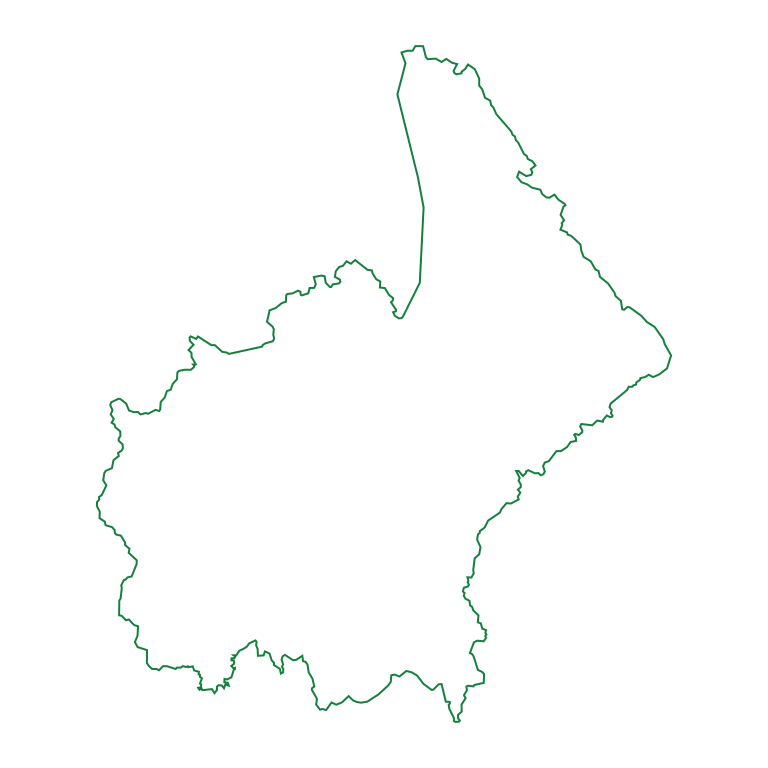 outline of Sangkhla Buri, Kanchanaburi, Thailand
{"feature_id": "78962969B87118801609333", "entity_name": "Sangkhla Buri", "entity_type": "district", "adm_level": 2, "iso_a3": "THA", "parent_name": "Thailand", "parent_adm1": "Kanchanaburi", "projection": "albers", "projection_center": [98.539, 15.257], "detail": "fine", "context": "isolated", "style": "outline", "palette": "green", "viewbox_px": 768, "rotation_deg": 0, "n_neighbors": 0, "source": "geoboundaries", "source_scale": "gbopen_adm2", "svg_char_len": 6083}
<svg xmlns="http://www.w3.org/2000/svg" viewBox="0 0 768 768"><path d="M667.0,368.4L671.1,355.5L664.7,344.1L663.3,339.3L654.6,326.9L647.1,322.2L641.3,315.8L629.6,307.3L627.2,307.1L624.0,309.8L622.2,309.3L620.9,300.8L615.6,296.2L614.5,292.7L608.1,283.5L600.0,276.9L598.5,270.9L595.4,269.5L590.9,261.5L583.6,256.8L581.2,250.3L580.5,244.5L571.2,235.9L567.7,234.6L567.0,232.4L560.4,229.7L562.3,224.9L561.7,223.1L564.1,220.3L560.6,214.9L563.5,206.6L565.4,205.2L564.9,204.1L558.2,199.5L554.5,194.6L549.4,197.7L546.4,197.4L542.2,194.1L540.3,189.7L532.0,187.7L527.3,184.4L521.5,182.2L517.1,177.0L519.1,171.7L526.2,176.1L531.4,174.8L532.3,172.1L530.8,169.2L535.5,165.5L532.2,161.1L527.8,159.0L526.8,156.0L523.9,153.9L518.4,142.9L515.9,140.0L514.8,136.3L512.6,134.9L511.3,131.5L496.3,114.1L493.2,107.2L491.1,105.1L490.2,100.6L485.0,97.8L482.3,89.5L479.2,85.6L479.2,78.5L474.8,69.2L468.0,64.5L465.1,69.1L461.7,71.6L461.6,73.3L456.4,74.3L454.3,72.9L453.6,70.8L457.1,64.1L452.1,62.8L446.3,58.9L441.6,62.0L435.7,58.6L427.7,59.2L425.9,57.1L423.1,46.2L415.3,46.1L412.7,50.7L407.1,50.8L401.5,52.5L405.5,63.3L397.4,94.4L417.9,177.2L423.6,207.4L419.8,282.8L402.9,316.7L401.6,318.1L399.0,318.4L394.8,315.8L393.1,312.2L395.9,311.3L396.1,309.8L391.0,302.2L392.7,300.7L393.2,298.2L389.0,294.9L384.9,288.1L379.9,287.5L380.3,281.5L376.3,279.3L372.5,273.2L371.9,270.4L367.6,269.9L355.2,260.1L350.9,263.7L346.5,261.3L343.0,265.8L339.2,267.0L335.8,271.2L334.9,276.9L339.9,279.6L340.4,281.7L339.0,283.4L332.9,284.3L331.2,287.0L329.9,287.1L325.8,282.8L324.6,276.2L321.1,275.6L313.8,277.1L315.8,284.2L314.2,287.9L309.6,288.0L308.3,293.3L301.8,295.4L300.8,294.9L300.3,291.6L297.8,290.7L292.9,293.3L287.3,294.0L286.2,295.3L285.9,301.7L281.8,303.1L275.6,308.1L269.6,310.3L267.0,321.8L272.7,326.8L273.8,329.3L273.3,334.8L274.2,338.7L272.7,341.3L265.4,343.3L262.6,345.1L262.2,346.6L229.0,353.9L226.7,352.5L222.3,351.9L214.8,345.1L211.3,345.1L198.0,336.5L196.2,338.9L190.6,336.4L189.6,337.5L189.8,340.7L193.5,344.8L188.5,350.0L191.5,352.9L191.6,357.0L195.8,364.3L193.1,364.5L194.3,365.8L193.8,367.3L190.8,369.8L184.9,369.7L179.0,370.9L177.4,372.4L177.0,379.2L172.7,384.0L170.7,389.7L166.9,391.1L164.7,397.5L160.7,402.1L160.2,409.5L159.2,411.0L155.5,409.9L148.0,413.8L145.9,413.0L140.5,414.4L138.0,412.0L134.0,412.2L129.0,410.5L126.2,403.6L120.1,398.9L118.4,398.8L111.3,402.2L110.2,404.9L112.5,410.3L110.7,414.3L113.8,419.0L111.6,422.7L114.5,424.5L115.4,427.3L120.2,431.3L120.4,436.0L118.7,438.5L118.7,440.7L122.6,444.4L122.9,448.4L121.5,450.7L118.0,453.0L118.8,456.0L113.5,460.2L111.9,468.2L105.8,470.8L104.3,473.1L103.2,480.3L106.4,485.3L101.8,495.0L98.9,497.1L99.3,499.5L97.0,502.1L96.9,506.2L99.8,511.7L99.5,518.1L104.8,521.6L105.6,525.2L112.0,527.1L114.5,529.8L115.0,533.4L116.4,534.6L120.9,535.7L125.1,542.6L125.0,544.9L129.5,548.8L128.7,552.9L136.8,560.3L136.6,564.1L131.7,576.4L127.3,577.5L125.8,579.5L123.9,580.0L121.2,585.5L121.8,588.1L120.6,598.5L119.3,600.6L119.1,615.3L121.7,615.8L125.8,620.2L128.9,619.5L134.2,625.1L138.1,626.3L137.5,635.8L134.9,642.1L137.6,647.1L147.0,650.1L146.9,663.1L149.1,666.2L152.2,669.0L156.6,669.0L159.0,670.3L163.0,666.2L166.9,666.2L175.7,669.0L176.9,667.6L180.8,667.6L182.9,666.1L186.0,667.0L187.9,666.3L188.3,667.2L192.8,666.4L194.1,670.4L198.9,671.8L198.6,674.3L199.9,674.7L200.0,676.9L202.0,678.3L199.9,683.6L201.2,684.4L201.0,687.3L198.2,687.8L199.5,689.8L201.6,688.5L202.3,690.2L211.9,689.1L214.5,693.2L217.0,689.9L216.9,686.7L218.5,685.2L221.9,685.5L224.0,688.3L225.4,684.4L228.8,685.7L227.8,682.8L224.3,682.2L224.5,678.9L227.0,679.5L231.4,677.3L233.8,669.6L235.0,669.0L235.0,667.9L233.6,668.5L231.3,665.9L233.7,664.2L234.2,662.0L233.8,660.5L231.4,660.3L231.5,658.3L234.4,658.2L235.3,656.5L233.6,655.3L236.4,655.2L239.3,650.7L243.6,648.8L246.9,646.6L249.2,643.4L255.4,640.4L256.5,641.7L256.2,645.6L257.6,648.7L257.9,655.8L263.6,655.4L265.0,651.4L269.5,653.5L271.7,660.4L274.0,662.7L273.9,665.0L279.8,668.8L280.9,673.6L283.1,672.3L283.3,669.1L281.9,666.7L283.1,664.6L281.6,659.5L282.6,656.3L285.0,654.9L293.0,660.2L296.3,659.8L302.3,655.8L303.1,661.2L305.5,661.8L307.5,664.6L308.7,672.4L312.5,678.8L314.3,686.5L312.0,688.2L311.8,689.7L316.9,698.7L316.2,704.7L320.1,709.7L322.2,709.0L326.2,710.0L331.5,702.5L336.3,704.7L342.1,702.3L348.6,696.1L353.0,700.4L357.0,702.0L361.1,702.7L367.4,701.6L378.5,694.4L388.2,685.5L390.8,681.8L391.3,675.3L394.6,674.6L399.5,676.5L406.3,671.0L411.7,672.3L417.1,675.5L423.4,683.8L431.6,689.9L433.4,689.6L438.6,684.3L441.6,684.1L445.8,701.7L449.7,701.9L449.9,703.6L448.7,704.8L449.3,708.8L453.9,718.0L453.9,721.0L455.3,721.9L458.8,721.7L459.9,720.7L458.0,718.2L458.1,714.7L461.7,711.7L461.5,704.6L465.6,698.2L464.0,695.1L466.9,690.3L466.4,686.5L468.2,685.7L473.6,686.4L474.2,685.0L483.7,682.9L484.1,674.0L481.8,671.7L477.9,670.0L473.7,656.6L472.0,654.0L469.9,653.1L474.0,642.2L477.3,640.7L483.7,641.3L486.1,637.8L485.2,636.0L486.4,634.4L485.4,632.8L486.1,630.1L482.3,628.7L480.8,623.3L477.8,622.3L478.5,615.4L473.2,610.3L472.1,606.9L470.1,605.4L469.5,600.8L465.5,598.8L463.8,595.9L464.5,593.0L462.9,591.5L463.9,587.7L467.8,586.6L468.9,584.7L467.7,582.2L468.4,580.8L467.4,577.3L471.4,577.5L473.8,573.2L473.2,570.1L474.7,558.3L479.2,554.3L480.5,547.1L477.1,539.6L478.0,534.3L479.7,533.0L479.8,531.1L484.6,527.6L488.1,520.6L500.0,512.5L501.4,509.1L506.5,503.2L511.0,503.5L518.7,499.4L517.8,496.6L520.3,492.7L517.9,489.7L520.8,487.1L520.8,484.5L518.6,480.7L519.7,478.0L516.2,471.0L518.7,471.0L523.0,476.0L526.0,472.9L526.1,471.4L528.3,470.2L534.9,473.3L538.4,473.1L540.8,475.3L543.4,474.2L544.8,471.6L543.1,466.0L544.8,462.5L548.8,461.2L556.4,451.1L561.0,451.1L567.0,447.1L570.6,442.0L576.1,440.9L575.8,437.3L574.2,434.9L575.2,433.9L578.8,435.0L582.2,432.3L582.3,430.2L580.1,426.6L581.3,424.0L592.2,425.3L597.1,420.6L603.0,421.7L603.2,419.8L606.8,415.5L610.3,417.2L612.0,416.8L612.6,415.8L611.0,413.3L611.7,410.2L609.5,407.1L610.6,403.6L626.8,390.3L628.8,386.7L632.2,386.8L633.4,385.3L635.9,384.7L636.4,382.4L640.2,379.7L640.4,378.1L644.9,377.1L648.8,374.8L653.1,377.1L659.4,374.3L667.0,368.4Z" fill="none" stroke="#15803d" stroke-width="2"/></svg>